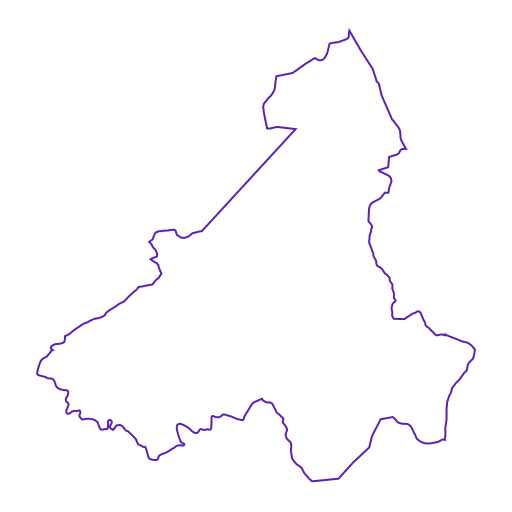 outline of Birim Central Municipal, Eastern, Ghana
{"feature_id": "2480657B80684943588404", "entity_name": "Birim Central Municipal", "entity_type": "district", "adm_level": 2, "iso_a3": "GHA", "parent_name": "Ghana", "parent_adm1": "Eastern", "projection": "mercator", "projection_center": [-1.02, 5.977], "detail": "fine", "context": "isolated", "style": "outline", "palette": "violet", "viewbox_px": 512, "rotation_deg": 0, "n_neighbors": 0, "source": "geoboundaries", "source_scale": "gbopen_adm2", "svg_char_len": 6007}
<svg xmlns="http://www.w3.org/2000/svg" viewBox="0 0 512 512"><path d="M445.5,334.5L445.5,334.8L445.2,335.2L444.7,335.4L443.0,334.7L441.8,334.5L440.9,334.5L437.2,335.3L436.2,335.3L435.8,335.0L428.1,327.3L426.9,326.7L426.2,326.1L425.5,324.8L425.2,323.2L424.8,322.1L423.1,319.0L420.8,313.3L420.5,312.7L419.5,311.7L418.9,311.4L417.3,311.4L415.1,312.9L412.8,313.5L404.3,319.1L393.8,318.8L392.4,316.3L392.1,315.5L392.3,312.4L391.7,309.2L391.7,307.2L392.5,304.1L393.8,302.5L394.8,301.9L395.6,300.9L395.4,300.0L393.8,297.9L394.1,295.5L393.7,292.5L392.3,288.6L392.4,284.4L389.9,281.0L389.6,278.0L388.4,276.3L387.2,275.1L384.8,273.3L382.2,269.3L380.2,267.3L377.5,266.0L376.8,264.9L376.3,263.5L376.2,261.2L375.3,259.2L373.6,256.5L373.2,253.3L369.1,242.4L369.8,234.7L371.2,231.4L371.2,228.9L372.0,227.5L372.0,226.0L370.6,223.8L368.9,221.8L368.4,221.0L369.0,209.5L369.6,206.4L370.0,205.3L371.9,202.8L379.8,198.7L381.9,196.5L384.8,192.7L388.3,192.8L388.7,191.3L388.9,189.0L389.5,186.9L391.2,182.3L391.5,180.9L390.9,178.3L389.5,176.3L387.6,175.1L379.5,171.2L379.0,170.8L378.8,170.2L388.2,167.2L389.1,156.9L396.4,154.8L398.3,153.8L399.4,152.2L400.2,150.5L402.0,149.1L404.1,148.9L406.0,149.0L401.4,140.6L400.6,138.3L400.3,132.7L400.0,131.0L399.4,129.1L398.0,126.7L396.6,125.1L393.5,120.9L392.1,119.5L381.5,95.1L378.9,83.6L376.6,81.4L376.0,78.9L372.6,68.8L360.9,50.6L349.4,30.7L348.8,33.8L348.9,35.7L348.6,37.0L347.9,38.2L346.2,39.3L338.1,42.2L331.5,43.0L329.9,43.6L329.4,44.1L327.7,51.6L326.7,54.3L324.4,58.3L323.0,59.4L321.5,60.2L320.3,60.3L318.6,60.2L316.3,58.8L314.7,58.1L305.5,63.8L292.6,73.0L276.4,76.2L275.3,83.4L275.0,87.7L274.3,90.1L272.6,93.4L270.3,96.4L268.7,97.8L264.2,103.2L263.6,104.6L263.3,105.9L263.2,107.0L264.0,113.4L267.1,128.5L270.1,128.6L271.1,128.2L276.8,127.0L277.8,127.0L295.6,129.1L201.9,231.1L198.3,231.7L195.6,232.5L192.5,233.2L188.8,236.3L184.4,237.9L181.4,237.7L177.2,235.2L176.3,233.3L175.8,231.2L174.7,229.9L170.9,229.9L169.8,230.2L166.2,230.7L164.7,230.5L162.2,231.1L160.4,231.1L158.5,231.4L155.9,232.4L155.1,233.4L153.2,237.6L152.7,239.3L149.2,241.9L151.7,244.6L152.4,246.2L153.7,248.1L155.4,249.7L157.2,253.7L157.0,256.4L154.3,257.6L153.4,257.7L150.6,259.3L154.6,262.1L157.2,263.3L157.5,264.5L158.4,265.1L158.7,266.9L159.1,268.2L161.4,273.6L160.3,275.2L159.2,277.3L155.6,280.4L152.4,284.5L145.9,285.6L142.1,286.5L138.5,287.0L136.7,289.6L133.8,291.8L129.4,295.9L123.9,301.6L119.2,303.8L115.6,306.4L109.7,310.1L106.4,312.5L104.4,315.6L101.5,317.1L98.5,318.1L94.6,318.8L90.9,320.3L87.7,322.2L83.0,324.0L78.9,326.9L75.2,329.2L72.3,331.5L69.2,334.2L64.9,336.2L65.0,338.9L64.2,342.1L62.6,343.0L59.3,343.9L56.7,344.0L54.6,344.4L52.3,345.5L50.7,347.4L51.2,348.8L52.9,350.1L51.3,350.8L50.5,352.1L46.6,356.7L42.7,358.8L41.7,359.8L41.0,360.7L39.8,363.2L38.0,368.9L37.8,370.3L37.2,372.2L37.1,373.3L37.7,374.7L39.0,375.3L45.8,377.1L45.9,377.3L46.4,377.5L47.3,378.1L48.5,378.4L51.4,378.5L52.5,378.9L53.6,379.9L54.2,380.9L55.0,382.7L56.0,385.9L57.6,387.9L59.0,388.7L60.8,389.4L63.8,390.1L64.1,390.3L64.9,390.0L66.6,390.3L67.9,391.0L68.2,392.3L68.1,394.3L66.9,396.9L66.1,398.1L65.8,399.3L65.8,400.0L66.3,401.6L68.3,403.1L68.6,404.0L68.4,405.2L66.7,409.7L66.2,410.5L66.5,412.7L67.2,413.5L68.1,413.9L69.5,413.5L70.4,412.7L72.4,411.4L74.4,410.9L77.1,411.0L79.2,410.3L79.9,410.7L80.3,411.5L80.1,413.3L79.5,415.1L79.5,416.4L80.3,417.6L82.1,419.5L88.0,418.6L92.9,419.3L95.5,420.6L97.0,421.7L97.8,422.8L99.9,428.5L100.4,429.1L101.4,429.7L102.1,429.7L105.0,429.1L106.4,429.2L107.2,428.9L107.7,428.3L108.1,425.7L108.0,421.2L108.5,420.5L109.4,420.0L110.4,420.1L111.1,420.5L111.5,421.0L111.8,422.4L111.4,423.5L109.8,426.2L110.4,428.3L112.3,429.4L113.0,429.2L113.2,429.7L114.1,428.9L115.2,427.0L116.1,425.9L117.3,425.2L119.4,425.0L120.2,425.0L120.7,425.3L122.4,426.3L123.1,427.0L123.7,427.5L125.0,429.7L126.2,430.7L128.2,431.4L134.0,437.1L135.7,438.9L136.3,440.1L136.9,442.0L138.2,444.2L138.7,444.6L141.8,445.9L142.6,446.6L143.5,446.9L145.1,446.9L146.0,448.4L148.2,456.5L148.9,458.2L149.4,458.7L151.8,459.6L153.4,459.9L156.5,460.1L157.5,459.6L159.0,456.0L160.0,455.1L161.4,454.3L164.6,453.2L168.0,451.6L172.2,448.8L174.1,447.9L175.2,446.9L176.7,446.0L178.0,445.4L181.5,445.3L181.7,445.6L183.7,445.4L184.3,444.4L184.1,443.7L181.5,442.5L180.6,441.6L180.4,441.0L179.7,438.9L179.3,438.2L176.9,429.8L176.8,428.9L176.9,425.7L177.5,424.7L178.8,423.9L180.4,423.8L183.5,425.0L184.4,425.6L185.1,425.7L189.5,428.7L192.6,431.7L195.0,433.0L196.5,433.1L197.8,432.5L199.9,429.5L200.5,429.2L201.8,429.2L203.6,429.9L205.6,429.8L207.4,429.2L208.9,429.7L210.2,429.6L211.0,428.8L211.3,427.5L211.6,416.9L212.3,416.0L213.4,416.1L215.7,417.1L218.8,417.3L220.5,416.6L223.0,414.6L224.1,414.4L231.0,416.4L236.1,418.6L239.1,419.5L240.7,419.7L242.6,420.3L243.9,418.7L244.2,417.1L244.8,415.7L252.2,403.8L253.6,402.6L255.7,401.5L256.7,401.2L260.5,399.3L262.1,398.9L262.2,399.4L263.1,400.5L264.8,401.6L267.0,402.4L268.0,402.5L269.4,402.4L270.7,402.7L272.0,403.5L272.6,404.2L273.6,406.4L274.1,407.0L274.5,408.1L275.6,410.1L276.6,412.4L279.5,414.8L281.7,417.0L282.4,417.5L283.5,418.9L282.9,420.8L282.8,421.8L283.0,422.0L283.1,423.0L285.0,425.3L286.6,427.9L287.1,429.9L285.9,433.2L285.7,435.3L285.9,436.4L286.7,438.4L288.2,440.2L289.7,441.4L291.0,443.0L291.3,446.2L290.9,450.6L292.0,458.0L293.4,460.5L296.6,464.2L299.9,466.4L301.9,468.5L304.4,473.3L309.6,479.2L312.2,481.3L338.5,478.7L353.5,462.1L369.2,447.5L372.1,435.9L380.7,419.2L392.6,417.1L393.2,417.3L395.7,419.8L397.8,422.3L399.2,422.9L400.7,423.4L403.6,423.9L407.3,423.9L408.0,424.2L410.6,426.1L411.3,427.1L414.1,433.0L415.1,434.5L415.9,436.8L416.9,438.8L417.6,439.5L421.0,441.9L425.0,443.3L428.9,443.5L431.0,443.3L437.9,442.0L442.3,439.6L444.4,439.4L444.8,439.8L445.4,434.6L445.3,428.0L446.5,420.0L446.6,408.3L447.2,402.2L449.1,396.0L450.9,393.0L452.1,388.1L455.8,383.2L459.5,379.5L463.8,373.4L466.8,370.3L467.5,366.0L468.7,362.9L473.0,358.7L474.2,354.4L474.9,349.5L471.2,345.1L467.6,342.7L462.1,341.4L457.8,339.6L446.5,335.2L445.5,334.5Z" fill="none" stroke="#5b21b6" stroke-width="2"/></svg>